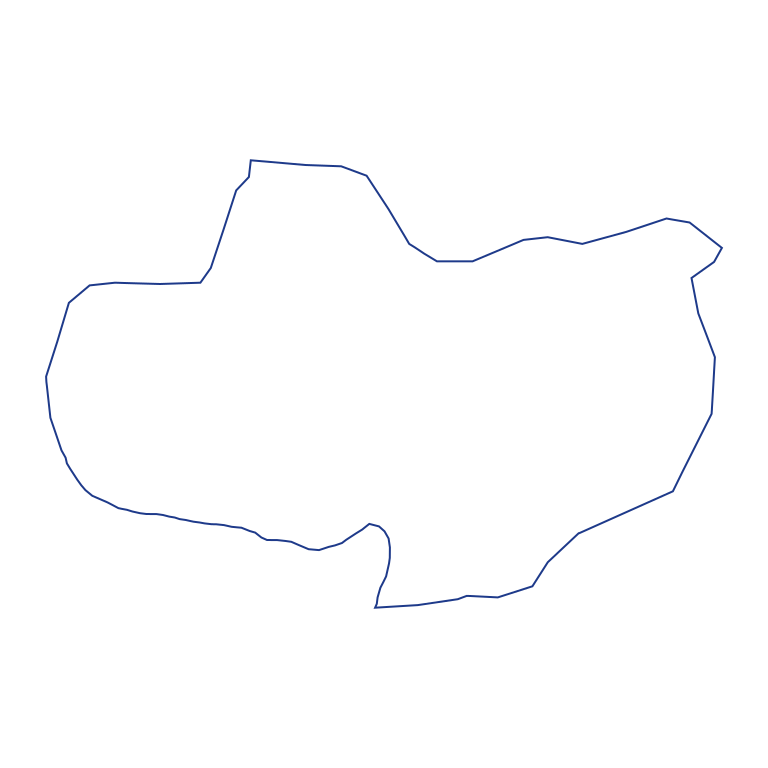 Umu-Nneochi, Abia, Nigeria (Natural Earth projection)
{"feature_id": "59680162B46179290363212", "entity_name": "Umu-Nneochi", "entity_type": "district", "adm_level": 2, "iso_a3": "NGA", "parent_name": "Nigeria", "parent_adm1": "Abia", "projection": "natural_earth1", "projection_center": [7.375, 5.963], "detail": "fine", "context": "isolated", "style": "outline", "palette": "blue", "viewbox_px": 768, "rotation_deg": 0, "n_neighbors": 0, "source": "geoboundaries", "source_scale": "gbopen_adm2", "svg_char_len": 1741}
<svg xmlns="http://www.w3.org/2000/svg" viewBox="0 0 768 768"><path d="M250.8,160.3L248.9,177.0L236.2,190.4L223.6,229.4L210.8,268.0L200.4,282.7L197.5,282.8L160.0,284.0L138.4,283.4L124.5,283.0L115.0,282.7L89.6,285.4L68.9,302.8L57.3,341.6L46.1,376.6L46.4,382.0L46.8,385.2L50.4,417.8L55.9,433.9L60.0,446.0L61.5,450.4L65.6,457.7L66.9,463.4L70.3,469.0L77.2,479.6L81.3,485.3L85.4,490.1L92.3,495.8L99.9,499.1L107.5,502.4L112.3,504.9L118.5,508.2L118.8,508.2L121.5,508.8L126.9,509.8L132.4,511.5L140.0,513.2L146.3,514.0L156.7,514.1L163.0,515.0L169.2,516.6L174.7,517.5L179.6,519.1L185.8,520.0L190.7,521.1L193.5,521.7L199.7,522.5L204.6,523.4L211.5,524.2L216.4,524.3L224.0,525.1L231.6,526.8L237.7,527.4L241.4,527.7L249.7,531.0L255.2,532.6L261.4,537.5L267.0,540.0L277.4,540.1L285.7,541.0L291.3,541.8L298.9,545.1L308.6,549.2L319.0,550.1L323.9,548.5L328.7,546.9L335.0,545.4L342.0,543.0L346.2,539.8L351.1,536.6L356.0,533.4L362.3,529.5L364.0,528.1L369.3,523.9L379.0,526.4L384.5,531.3L388.6,538.5L389.9,547.4L389.8,557.9L389.0,563.6L386.1,576.4L383.3,582.1L380.4,587.7L377.6,597.4L376.8,603.8L375.1,607.7L417.8,605.1L457.8,599.2L466.7,595.9L470.3,596.0L497.8,597.4L532.4,586.3L547.8,562.2L578.7,533.2L579.2,533.2L672.9,491.3L682.6,471.5L711.6,413.8L711.8,410.8L711.9,409.9L711.9,409.2L712.9,392.3L714.0,372.9L714.1,370.8L714.4,365.9L714.9,357.2L707.2,336.8L698.3,313.4L691.5,278.0L714.1,261.9L721.9,247.9L689.6,222.5L672.1,219.5L666.5,218.5L626.2,231.9L582.3,243.9L547.7,237.2L523.5,239.9L518.5,242.0L511.9,244.8L473.6,260.9L472.7,261.3L436.9,261.3L432.6,258.7L424.3,253.7L414.7,247.3L409.2,243.9L405.4,237.4L388.5,209.1L380.7,197.2L366.6,175.7L361.7,173.9L341.2,166.3L305.4,165.0L266.2,161.6L250.8,160.3Z" fill="none" stroke="#1e3a8a" stroke-width="2"/></svg>